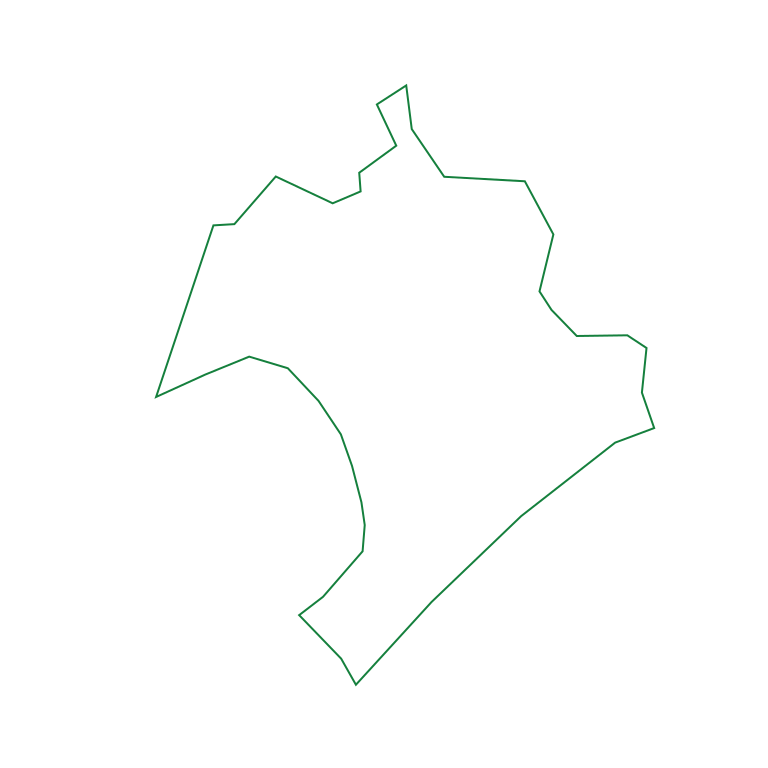 the border of Stockton-on-Tees, rotated 131°
{"feature_id": "GBR-2033", "entity_name": "Stockton-on-Tees", "entity_type": "Unitary Authority", "adm_level": 1, "iso_a3": "GBR", "parent_name": "United Kingdom", "parent_adm1": "", "projection": "natural_earth1", "projection_center": [-1.341, 54.544], "detail": "fine", "context": "isolated", "style": "outline", "palette": "green", "viewbox_px": 768, "rotation_deg": 131, "n_neighbors": 0, "source": "natural_earth", "source_scale": "10m", "svg_char_len": 646}
<svg xmlns="http://www.w3.org/2000/svg" viewBox="0 0 768 768"><g transform="rotate(131 384 384)"><path d="M144.1,563.1L173.4,530.3L188.1,474.5L138.6,410.7L160.0,354.3L212.1,327.4L218.2,306.2L221.3,270.0L187.6,232.3L186.9,226.8L184.6,209.5L221.3,183.7L240.0,151.2L276.6,171.1L393.7,193.8L517.3,205.1L629.4,207.9L619.4,236.1L614.1,296.4L584.6,290.4L548.3,290.4L524.3,290.4L503.1,306.0L488.1,323.4L466.8,354.4L450.3,383.5L439.7,422.3L435.2,466.9L451.8,503.7L494.2,525.1L543.3,547.5L376.2,616.8L361.5,601.8L298.4,601.8L281.3,541.3L254.0,528.0L240.8,541.3L196.1,531.1L177.7,572.8L144.1,563.1Z" fill="none" stroke="#15803d" stroke-width="2"/></g></svg>